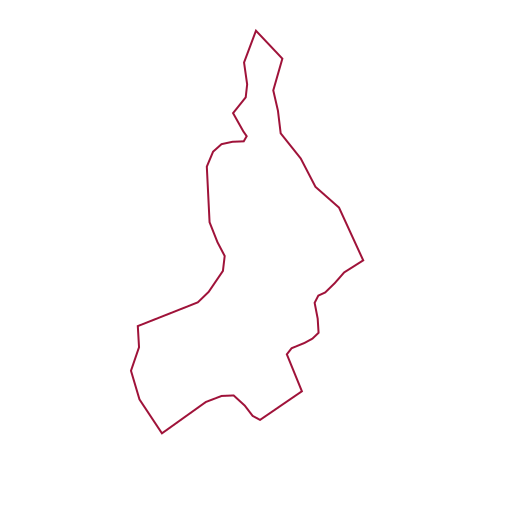 Zrece, orthographic projection, rotated 27°
{"feature_id": "SVN-1007", "entity_name": "Zrece", "entity_type": "Municipality", "adm_level": 1, "iso_a3": "SVN", "parent_name": "Slovenia", "parent_adm1": "", "projection": "orthographic", "projection_center": [15.368, 46.408], "detail": "fine", "context": "isolated", "style": "outline", "palette": "rose", "viewbox_px": 512, "rotation_deg": 27, "n_neighbors": 0, "source": "natural_earth", "source_scale": "10m", "svg_char_len": 762}
<svg xmlns="http://www.w3.org/2000/svg" viewBox="0 0 512 512"><g transform="rotate(27 256 256)"><path d="M182.5,372.1L225.2,323.7L230.1,309.5L233.3,284.3L228.1,270.2L215.4,261.2L199.3,247.0L171.6,198.7L170.4,182.5L174.5,172.0L183.2,164.9L193.0,159.4L193.3,153.5L188.1,150.7L170.7,139.1L174.8,119.3L170.2,107.1L157.5,89.0L153.7,55.3L189.9,68.2L196.2,100.6L209.6,116.6L222.3,135.5L251.6,148.8L277.6,167.4L308.0,175.2L353.5,211.2L342.0,230.6L338.5,244.4L334.2,257.1L329.5,263.0L329.5,271.1L339.4,283.8L346.6,296.0L343.8,304.0L338.8,311.3L329.6,322.0L328.1,329.6L358.3,355.7L334.0,400.2L325.6,400.0L313.9,394.4L299.4,390.4L288.9,396.3L277.6,408.8L252.7,456.7L217.3,436.7L196.7,415.0L193.2,390.4L182.5,372.1Z" fill="none" stroke="#9f1239" stroke-width="2"/></g></svg>